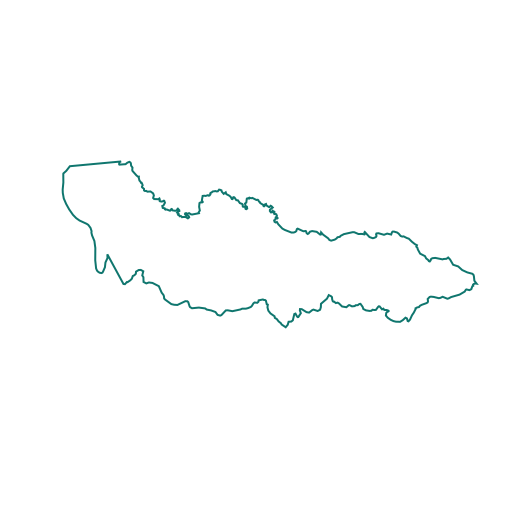 outline of Monte Alegre, Pará, Brazil, rotated 117°
{"feature_id": "56859067B76441497058081", "entity_name": "Monte Alegre", "entity_type": "district", "adm_level": 2, "iso_a3": "BRA", "parent_name": "Brazil", "parent_adm1": "Pará", "projection": "mercator", "projection_center": [-54.454, -1.021], "detail": "fine", "context": "isolated", "style": "outline", "palette": "teal", "viewbox_px": 512, "rotation_deg": 117, "n_neighbors": 0, "source": "geoboundaries", "source_scale": "gbopen_adm2", "svg_char_len": 6106}
<svg xmlns="http://www.w3.org/2000/svg" viewBox="0 0 512 512"><g transform="rotate(117 256 256)"><path d="M233.0,419.1L260.5,462.6L266.3,463.7L269.9,465.1L270.5,464.9L278.0,461.0L284.6,458.4L287.5,456.8L292.0,453.4L295.8,448.8L299.3,443.6L302.4,437.8L303.9,433.4L304.5,429.3L304.2,421.5L304.4,419.6L306.1,416.2L308.5,413.8L310.0,413.2L312.1,411.4L316.0,406.8L321.8,402.8L332.8,397.3L339.7,392.8L341.2,391.0L341.7,389.6L341.9,387.8L341.4,386.0L340.6,385.3L339.4,385.2L334.6,385.5L330.1,387.2L325.2,387.4L322.0,389.2L341.1,361.4L340.6,360.0L337.8,359.2L337.7,358.6L334.8,357.0L332.6,356.3L329.8,356.7L328.3,355.6L326.4,355.0L324.4,355.8L321.7,354.1L320.7,352.3L320.8,349.5L325.0,348.5L326.0,346.7L330.2,344.4L330.2,341.3L328.2,339.4L327.0,336.0L327.0,328.9L331.5,323.4L332.7,320.8L333.6,319.8L335.6,318.5L336.1,317.1L337.3,309.6L336.6,306.8L335.3,303.8L328.4,298.5L327.5,296.6L327.8,295.5L331.0,292.3L331.5,291.5L331.6,289.3L327.9,283.5L325.8,277.5L326.1,275.6L324.9,271.4L324.3,266.7L325.9,263.5L325.4,260.9L324.4,260.0L318.2,258.2L317.2,256.5L315.9,252.0L310.7,245.6L309.2,244.4L307.6,241.2L306.1,239.5L303.8,237.5L302.3,237.0L299.4,236.8L298.1,236.2L297.1,233.6L295.8,233.1L294.3,233.5L291.6,230.1L291.6,229.1L291.1,227.9L291.3,226.9L294.1,224.5L294.0,223.4L296.5,222.5L299.1,220.2L300.6,217.0L301.3,212.1L302.6,211.1L302.7,208.9L304.0,206.2L304.6,203.3L305.4,202.1L306.0,197.2L302.9,196.5L299.8,197.1L298.4,194.8L296.6,194.0L290.3,195.5L289.4,194.7L291.3,191.9L291.5,191.0L291.2,190.6L286.6,190.1L284.6,192.2L283.3,192.7L282.6,191.1L283.1,185.5L282.3,183.0L278.6,181.3L277.7,180.5L277.0,176.1L274.8,174.5L272.1,175.0L269.1,176.4L261.8,173.4L257.8,173.4L257.8,170.6L258.2,169.6L260.1,168.4L261.4,167.1L261.6,166.3L261.2,165.7L261.7,163.5L260.5,162.1L260.6,160.5L261.9,156.4L260.6,152.2L257.7,151.0L257.3,150.3L257.3,147.6L255.8,145.3L254.7,144.9L253.6,143.0L251.8,142.1L251.2,141.2L252.9,137.9L254.5,136.3L254.5,133.3L253.4,129.9L252.4,128.3L251.0,127.8L250.4,126.0L249.6,124.7L245.9,124.1L245.1,123.8L244.8,123.0L246.3,119.5L245.1,118.6L245.8,117.2L244.8,115.0L244.6,113.3L244.8,112.8L245.3,112.9L246.4,113.8L247.6,114.1L250.1,113.2L251.2,110.6L251.7,107.0L251.6,104.0L251.0,101.5L249.2,97.7L246.5,96.1L243.1,94.8L243.1,93.2L245.1,91.3L245.0,90.5L242.8,89.9L238.0,90.1L234.8,89.7L230.6,89.7L230.2,90.1L228.7,89.1L227.5,87.6L225.9,87.3L224.2,86.1L220.7,82.8L219.5,82.0L218.2,82.2L216.4,83.5L213.7,82.7L212.8,81.7L211.8,79.1L210.6,74.0L209.6,72.7L207.6,71.2L207.2,66.1L206.3,65.1L204.0,63.5L198.0,57.1L193.0,53.9L190.8,53.7L190.3,53.4L189.5,50.3L187.8,49.1L184.8,49.5L183.9,48.9L183.0,49.6L182.1,49.3L180.9,48.1L180.5,46.9L178.9,50.2L175.2,52.6L174.1,53.6L173.6,55.1L174.7,60.3L174.9,65.9L173.5,71.1L174.3,76.4L171.0,81.5L170.1,84.1L172.0,85.0L173.5,87.5L174.3,88.2L176.3,95.4L177.8,97.7L178.7,98.4L179.7,98.7L180.6,98.4L182.0,98.7L182.1,99.6L181.4,100.8L180.9,103.3L179.4,105.4L179.4,110.8L176.7,114.8L175.5,115.8L174.9,117.4L173.3,117.5L173.3,119.7L172.5,123.6L171.2,127.7L171.5,129.8L171.5,133.4L172.3,134.5L172.5,136.2L171.3,139.1L171.0,140.9L171.6,144.1L172.2,145.3L173.2,145.6L175.5,145.3L176.5,149.3L179.0,151.6L180.1,157.2L181.2,158.9L182.1,158.9L183.5,157.7L184.8,157.8L186.6,159.3L187.2,160.2L187.6,163.5L185.2,170.0L185.8,170.1L186.8,169.0L187.5,169.1L188.2,171.6L189.9,174.7L190.2,179.2L190.9,180.7L196.6,187.6L199.7,189.8L200.9,190.0L202.3,191.9L203.8,192.2L205.7,193.3L208.2,196.0L208.4,197.9L207.5,199.7L206.5,205.9L205.4,208.7L207.4,208.0L207.8,208.5L206.9,212.9L208.3,217.3L209.9,219.0L211.9,219.3L212.9,219.9L212.7,221.2L211.2,222.7L211.2,223.2L212.3,224.7L212.5,225.8L212.7,231.3L213.5,231.8L215.5,231.4L216.7,231.9L217.9,233.0L219.0,235.0L219.7,242.2L219.6,245.0L217.6,250.6L216.2,252.8L217.2,253.7L217.1,255.0L216.0,256.0L214.8,255.3L213.2,255.8L213.0,254.2L212.4,254.0L212.0,255.3L211.5,255.8L210.7,255.6L209.6,256.9L209.7,257.9L210.3,258.7L209.2,259.9L208.4,259.6L208.2,260.3L208.5,260.7L208.1,261.7L208.7,261.9L209.8,261.6L210.4,262.5L209.6,264.1L208.4,264.6L205.2,263.1L204.6,264.8L204.6,265.8L206.2,266.2L206.5,266.6L206.2,269.6L205.1,270.7L206.2,271.6L207.4,271.1L208.1,271.4L208.1,271.9L207.2,272.8L206.9,276.3L206.3,276.9L206.1,278.2L205.2,279.3L205.1,280.0L205.9,281.1L205.9,285.6L206.4,286.0L207.0,287.5L207.0,288.4L207.6,288.8L208.1,288.5L208.6,290.0L209.2,290.2L212.8,288.9L214.2,289.6L216.2,288.0L216.2,286.5L217.7,285.4L218.7,285.9L218.8,286.6L218.2,287.2L217.3,287.4L217.1,287.9L218.0,289.9L217.5,290.6L216.3,291.1L215.9,292.0L216.2,294.4L214.6,297.4L215.2,298.9L213.7,301.6L213.6,302.4L213.9,302.9L214.7,303.0L215.3,302.7L216.0,302.8L216.2,303.4L214.9,305.3L214.4,307.0L214.3,310.6L213.0,311.9L215.3,313.0L214.2,315.7L213.2,316.6L213.3,317.9L213.6,319.0L215.7,319.4L216.4,320.5L216.5,321.5L218.2,323.9L219.6,324.4L220.3,325.1L221.0,325.2L221.8,324.6L223.2,324.9L223.7,325.4L223.6,326.4L225.4,328.2L225.8,329.5L226.7,330.8L231.0,329.5L232.0,328.0L232.8,328.4L233.3,329.7L234.5,330.4L238.0,329.0L241.0,326.7L243.3,326.9L243.8,326.3L248.0,331.7L248.4,332.8L248.2,335.1L249.5,336.1L249.5,337.7L250.1,338.4L250.8,338.4L251.2,337.9L251.5,336.5L251.0,335.2L251.1,333.9L251.9,333.1L253.4,333.8L253.2,336.4L254.6,339.2L255.0,339.5L254.5,340.9L255.2,342.0L254.7,342.4L254.8,343.7L254.6,344.2L253.8,343.9L253.4,344.2L253.2,346.0L251.8,345.7L250.8,344.7L250.1,345.1L249.3,347.1L250.2,347.4L251.2,347.2L251.6,347.6L252.4,348.5L253.3,351.3L252.4,352.2L252.5,352.7L254.7,353.2L255.1,356.8L255.8,357.7L255.7,358.4L255.0,358.8L255.0,359.2L255.5,360.9L254.0,362.2L253.0,361.4L249.9,361.3L248.5,362.8L248.5,363.2L249.7,364.0L250.4,364.9L250.8,366.4L250.6,367.0L249.3,367.4L248.6,368.2L249.8,368.9L251.5,372.6L251.0,374.0L248.4,374.5L246.9,376.1L246.4,379.3L248.0,382.0L247.8,383.3L248.5,384.4L248.4,385.5L247.0,386.3L246.5,388.7L246.0,389.1L244.4,389.1L243.2,390.4L242.7,391.1L243.0,391.7L242.3,392.5L241.7,394.1L239.5,396.0L238.5,396.4L238.9,397.1L238.5,399.0L236.3,404.6L235.6,405.3L233.3,406.2L232.2,408.3L230.2,409.6L229.7,410.4L229.6,411.6L231.3,413.0L233.4,413.9L236.6,419.2L236.4,419.6L234.9,420.2L234.1,420.1L233.0,419.1Z" fill="none" stroke="#0f766e" stroke-width="2"/></g></svg>